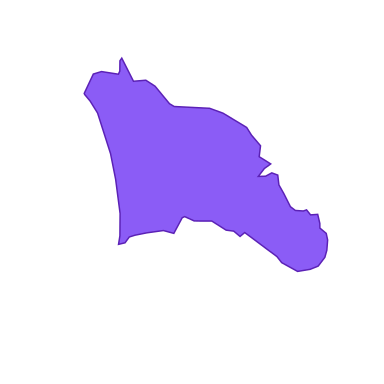 the district of Guidan-Roumdji, Maradi, Niger, rotated 33°
{"feature_id": "23599985B37435064601183", "entity_name": "Guidan-Roumdji", "entity_type": "district", "adm_level": 2, "iso_a3": "NER", "parent_name": "Niger", "parent_adm1": "Maradi", "projection": "albers", "projection_center": [6.935, 13.581], "detail": "fine", "context": "isolated", "style": "filled", "palette": "violet", "viewbox_px": 384, "rotation_deg": 33, "n_neighbors": 0, "source": "geoboundaries", "source_scale": "gbopen_adm2", "svg_char_len": 997}
<svg xmlns="http://www.w3.org/2000/svg" viewBox="0 0 384 384"><g transform="rotate(33 192 192)"><path d="M45.0,146.8L47.9,168.0L48.9,168.7L57.0,171.2L69.8,177.2L102.8,204.2L121.0,222.9L143.4,249.2L155.4,268.0L158.9,275.9L163.5,271.1L163.9,263.9L167.7,259.3L176.3,250.9L189.0,239.9L199.3,236.6L197.8,218.9L199.3,216.6L209.5,215.1L214.5,212.0L224.4,205.6L241.4,205.4L248.3,202.1L256.5,203.1L258.3,197.3L266.5,197.8L285.6,199.1L298.4,199.9L305.7,202.4L323.8,201.1L333.2,192.5L338.2,185.4L339.0,174.4L336.8,167.4L331.9,158.4L327.1,153.6L318.9,152.6L316.3,148.7L309.6,142.3L303.9,146.6L297.8,144.6L295.7,147.3L288.7,151.2L282.5,150.7L270.0,143.4L261.0,138.7L254.7,131.1L248.5,132.5L245.1,138.7L239.1,142.8L239.9,132.9L242.7,125.6L229.1,125.8L224.3,115.9L210.9,111.9L202.7,108.1L175.1,109.0L161.2,112.2L155.7,115.4L130.5,130.0L125.0,130.2L103.4,123.4L92.4,123.4L82.6,131.0L60.2,118.0L60.1,121.2L65.6,129.9L66.1,133.3L50.5,140.3L45.0,146.8Z" fill="#8b5cf6" stroke="#5b21b6" stroke-width="1.5"/></g></svg>